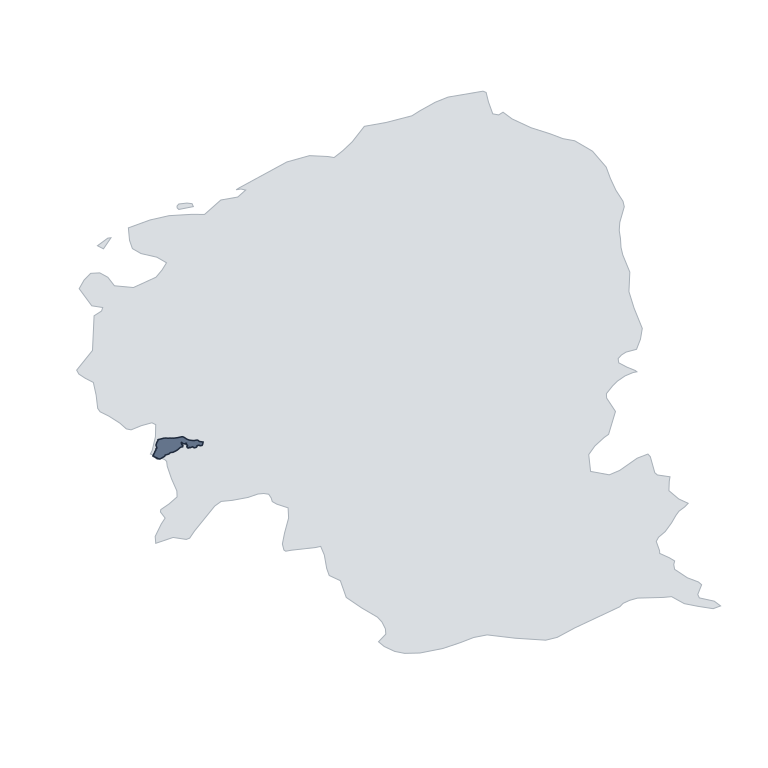 location of Peam Chor, Prey Vêng, Cambodia, rotated 82°
{"feature_id": "14789045B80161198747042", "entity_name": "Peam Chor", "entity_type": "district", "adm_level": 2, "iso_a3": "KHM", "parent_name": "Cambodia", "parent_adm1": "Prey Vêng", "projection": "equal_earth", "projection_center": [105.272, 11.043], "detail": "fine", "context": "in_parent", "style": "filled", "palette": "slate", "viewbox_px": 768, "rotation_deg": 82, "n_neighbors": 0, "source": "geoboundaries", "source_scale": "gbopen_adm2", "svg_char_len": 7860}
<svg xmlns="http://www.w3.org/2000/svg" viewBox="0 0 768 768"><g transform="rotate(82 384 384)"><path d="M650.6,81.6L652.3,89.3L647.9,103.9L643.3,117.2L634.6,128.8L634.2,137.3L631.3,162.7L632.4,170.8L634.5,177.8L637.4,181.5L645.1,206.4L652.1,229.1L659.0,247.7L660.2,259.5L654.0,289.4L646.8,316.8L647.5,330.5L650.7,344.2L654.1,362.5L655.4,385.9L653.6,401.1L650.3,410.6L644.0,420.3L638.5,425.3L631.9,417.0L626.6,416.7L619.5,419.1L614.0,422.9L602.7,437.2L590.1,451.1L572.7,454.6L566.0,464.9L558.7,466.4L545.0,466.9L536.0,469.3L536.4,474.5L535.7,498.9L535.9,504.6L534.5,506.2L528.3,506.9L517.7,503.2L503.4,497.1L493.3,496.2L488.1,506.8L484.9,511.0L481.1,511.6L477.1,513.5L475.7,518.3L475.4,524.2L477.4,534.4L478.1,550.6L477.6,561.6L481.3,568.6L503.2,592.1L509.6,597.9L510.4,601.4L506.6,614.2L510.0,632.2L503.1,631.8L491.7,624.1L486.3,619.4L479.6,623.2L477.3,622.5L472.9,613.6L467.0,604.6L461.0,604.0L448.3,607.6L435.3,610.1L430.4,610.0L428.3,611.7L420.8,625.1L417.6,622.8L404.5,617.7L392.5,615.7L390.1,619.2L391.5,630.1L394.2,640.8L392.6,645.4L386.0,651.0L377.4,661.1L372.0,669.0L368.3,670.9L355.1,670.6L342.0,671.6L336.7,679.1L331.7,684.8L327.5,686.4L310.2,668.0L276.1,661.6L272.4,653.5L269.1,651.9L265.9,662.5L247.2,672.6L239.3,666.5L233.6,659.1L234.4,650.0L239.9,642.6L249.2,637.3L253.6,618.7L246.5,594.9L240.3,588.0L233.7,582.5L226.8,591.3L221.0,606.5L214.9,614.3L206.3,616.0L193.8,615.4L189.0,592.8L187.4,573.4L189.2,551.2L191.1,538.1L179.1,520.0L178.5,502.8L172.7,494.0L171.0,498.5L171.1,503.4L169.5,499.8L150.6,449.3L147.5,426.0L150.9,408.0L152.8,401.9L147.3,392.4L139.7,381.7L126.1,367.6L125.3,345.3L122.3,319.0L118.3,310.1L112.1,294.0L108.8,280.6L107.8,245.2L109.5,242.3L119.2,241.3L131.6,238.7L133.5,233.0L131.4,228.3L139.3,220.3L150.7,202.7L159.5,184.4L165.9,172.8L169.7,161.3L182.5,145.1L200.1,133.8L212.0,131.2L224.4,127.4L236.3,121.9L241.9,121.4L256.7,128.0L264.7,129.7L273.0,129.6L281.7,130.3L289.3,129.6L307.4,125.0L326.6,128.6L343.7,125.8L364.9,120.5L375.3,123.8L384.8,129.1L386.1,139.9L388.3,144.8L391.4,148.6L395.7,148.6L401.1,141.1L405.6,133.3L407.1,131.9L407.3,135.7L409.5,144.1L413.6,152.4L417.6,157.8L424.5,165.1L428.9,165.5L443.4,158.6L465.1,168.6L467.7,173.6L474.7,183.8L482.4,191.1L499.3,191.6L505.3,173.6L502.4,162.7L492.7,143.6L490.1,132.4L493.1,130.4L509.5,128.2L512.1,126.0L515.7,113.7L520.2,115.1L529.3,116.7L538.8,108.2L544.5,99.4L547.6,103.4L551.0,109.6L554.7,113.2L561.6,118.6L569.3,126.1L574.0,133.5L577.8,136.3L587.5,134.3L590.1,134.6L595.8,125.6L599.7,120.8L603.1,122.2L608.0,122.0L618.1,110.6L623.8,100.2L627.0,97.4L636.1,102.6L639.7,101.5L645.0,87.2L650.6,81.6ZM182.6,562.9L180.8,564.3L179.0,564.2L177.2,562.2L177.4,554.0L178.7,549.0L181.8,548.1L182.6,562.9ZM211.1,643.0L207.2,648.5L201.1,637.2L201.2,634.0L211.1,643.0Z" fill="#d9dde1" stroke="#a8b0b8" stroke-width="1"/><path d="M407.7,615.6L408.3,615.7L408.5,615.7L408.6,615.8L408.9,616.0L409.3,616.4L409.6,616.6L409.9,616.8L410.2,617.1L410.5,617.2L410.7,617.3L411.1,617.5L411.5,617.7L411.7,617.8L412.0,617.9L412.5,618.2L412.6,618.3L412.8,618.3L413.3,618.3L413.6,618.2L413.8,618.1L414.1,618.1L414.4,618.0L414.9,617.9L415.6,617.8L415.6,618.0L415.9,618.2L416.1,618.4L416.3,618.6L416.4,618.8L416.6,618.9L416.8,619.0L417.0,619.0L417.3,619.0L417.6,619.0L417.9,619.3L418.1,619.5L418.6,619.9L418.8,620.1L419.2,620.4L419.6,620.5L420.4,621.0L420.6,621.2L420.8,621.4L421.1,621.6L421.3,621.7L421.5,621.8L421.7,622.0L421.9,622.0L422.1,622.2L422.3,622.4L422.5,622.5L422.8,622.8L423.1,622.9L423.2,622.5L423.2,622.3L423.3,622.1L423.5,621.9L423.9,621.9L424.1,621.8L424.3,621.4L424.4,621.2L424.6,620.9L424.7,620.7L424.8,620.4L425.0,620.1L425.3,620.2L425.5,620.1L425.6,619.9L425.5,619.6L425.5,619.3L425.5,619.2L425.8,619.2L426.1,619.2L426.3,619.1L426.5,619.0L426.5,618.7L426.5,618.4L426.6,618.1L426.5,617.8L426.6,617.7L426.8,617.6L426.8,617.4L426.8,617.2L426.9,616.8L427.0,616.8L427.1,616.6L427.1,616.3L427.0,616.0L426.9,615.7L426.8,615.4L426.5,614.7L426.4,614.4L426.2,614.0L426.0,613.6L425.9,613.2L425.7,612.8L425.6,612.4L425.2,611.7L425.1,611.4L425.0,611.2L424.8,611.1L424.5,610.9L424.1,610.6L423.9,610.5L423.9,610.3L423.9,610.0L423.8,609.8L423.8,609.4L423.7,608.9L423.7,608.6L423.6,608.3L423.5,607.8L423.5,607.4L423.4,607.0L423.3,606.6L423.1,606.3L422.8,606.0L422.6,605.7L422.4,605.3L422.2,604.8L422.2,604.1L422.2,603.6L422.2,603.2L422.3,602.9L422.3,602.6L422.1,601.9L422.0,601.7L421.9,601.5L421.8,601.1L421.8,600.9L421.7,600.6L421.5,600.3L421.5,600.1L421.4,599.8L421.4,599.6L421.3,599.4L421.2,599.3L421.2,599.2L421.0,598.9L420.9,598.7L420.8,598.4L420.8,598.2L420.7,598.0L420.6,597.9L420.5,597.7L420.3,597.4L420.2,597.1L420.0,596.8L419.8,596.6L419.7,596.4L419.6,596.2L419.3,595.8L419.0,595.3L418.7,594.9L418.4,594.4L418.3,593.9L418.2,593.5L418.2,592.9L418.2,592.4L418.2,592.1L417.9,592.0L417.7,592.0L417.4,591.9L417.2,591.8L417.0,591.7L416.9,591.8L416.6,591.9L416.5,592.0L416.4,592.1L416.4,592.3L416.2,592.5L415.9,592.7L415.7,592.7L415.6,592.4L415.4,592.4L415.1,592.3L414.9,592.5L414.7,592.5L414.3,592.9L414.2,593.0L414.1,592.9L413.7,592.8L413.6,592.7L413.7,592.4L413.9,592.2L414.1,592.1L414.4,591.8L414.7,591.5L414.9,591.3L415.1,590.9L415.3,590.7L415.4,590.3L415.5,590.2L415.4,590.0L415.4,589.5L415.4,589.3L415.3,589.0L415.2,588.8L415.1,588.6L415.1,588.4L415.1,588.2L415.2,587.9L415.4,588.0L415.7,588.2L416.1,588.4L416.2,588.5L416.4,588.4L416.6,588.1L416.6,587.9L416.8,587.6L417.0,587.4L417.2,587.2L417.4,587.1L417.7,587.4L418.0,587.6L418.3,587.8L418.5,587.9L418.6,587.7L418.8,587.5L419.3,587.6L419.5,587.7L420.0,587.2L420.2,586.9L420.2,586.7L420.1,586.3L419.9,586.2L419.7,585.9L419.6,585.7L419.7,585.4L419.9,585.3L420.1,585.1L420.1,584.8L420.1,584.5L420.0,584.3L419.9,584.0L419.8,583.8L419.8,583.5L419.7,583.2L419.7,582.9L419.7,582.7L419.5,582.3L419.6,582.2L419.8,581.9L420.0,581.8L420.1,581.6L420.3,581.4L420.6,581.2L420.8,580.8L420.8,580.5L420.8,580.2L420.7,579.9L420.7,579.6L420.7,579.3L420.6,579.0L420.6,578.8L420.4,578.5L420.3,578.3L420.1,578.2L419.8,577.9L419.7,577.9L419.4,577.9L419.3,577.7L419.2,577.7L419.1,577.3L419.0,577.1L418.9,576.8L418.8,576.4L418.9,576.2L419.0,575.9L419.1,575.6L419.0,575.4L419.1,575.1L419.4,575.0L419.5,574.7L419.6,574.4L419.6,574.1L419.6,573.7L419.5,573.2L419.5,572.9L419.5,572.7L419.3,572.5L419.0,572.3L418.8,572.2L418.5,572.0L418.1,571.9L417.8,571.7L417.1,571.5L416.7,571.3L416.3,571.2L416.2,571.7L416.0,572.1L415.8,572.8L415.6,573.3L415.4,574.3L415.3,574.5L415.2,574.8L414.9,575.1L414.7,575.3L414.3,575.6L414.1,575.8L413.9,576.0L413.6,576.5L413.6,576.8L413.5,577.1L413.5,577.3L413.5,577.6L413.5,578.1L413.5,578.4L413.5,578.5L413.5,578.9L413.5,579.1L413.6,579.4L413.6,579.6L413.6,579.9L413.5,580.4L413.4,580.8L413.4,581.0L413.3,581.3L413.3,581.5L413.1,582.1L413.1,582.3L413.0,582.5L412.9,583.0L412.8,583.3L412.7,583.8L412.6,584.2L412.5,584.4L412.4,584.6L412.3,584.8L412.1,585.3L412.0,585.5L411.9,585.6L411.7,586.0L411.4,586.5L411.2,586.9L411.0,587.1L410.6,587.6L410.1,588.1L409.9,588.3L409.7,588.6L409.5,588.8L409.4,588.9L409.3,589.0L409.2,589.1L409.1,589.3L408.8,589.7L408.7,589.8L408.6,590.0L408.4,590.4L408.3,590.5L408.2,590.8L408.1,591.2L408.1,591.5L408.1,592.0L408.2,592.6L408.2,593.0L408.2,593.4L408.3,594.1L408.3,594.8L408.4,595.4L408.4,595.7L408.4,596.2L408.4,596.5L408.4,596.8L408.4,597.5L408.4,598.1L408.4,598.5L408.4,598.8L408.4,599.3L408.4,599.5L408.4,599.9L408.3,600.0L408.3,600.4L408.2,600.6L408.2,600.8L408.1,601.3L408.1,601.6L408.1,601.8L408.0,602.2L408.0,602.3L407.9,602.7L407.9,602.8L407.8,603.1L407.8,603.5L407.7,604.0L407.7,604.6L407.7,605.0L407.6,605.6L407.6,605.8L407.4,606.4L407.3,606.7L407.2,607.4L407.1,607.7L407.1,608.2L407.1,608.6L407.0,609.4L407.0,609.9L407.1,610.1L407.1,610.4L407.1,610.7L407.1,610.9L407.2,611.2L407.2,611.5L407.3,611.8L407.3,612.1L407.4,613.1L407.5,613.6L407.5,613.9L407.5,614.1L407.5,614.5L407.6,614.9L407.6,615.3L407.7,615.5L407.7,615.6Z" fill="#64748b" stroke="#1e293b" stroke-width="1.5"/></g></svg>